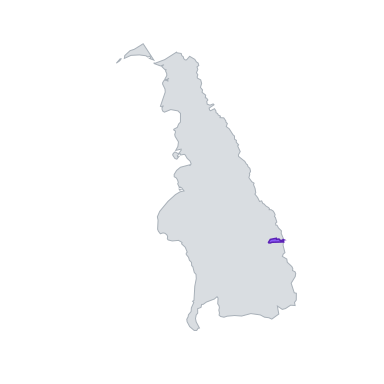 General Lamadrid, La Rioja, Argentina shown in context, rotated 146°
{"feature_id": "61730980B10920715294308", "entity_name": "General Lamadrid", "entity_type": "district", "adm_level": 2, "iso_a3": "ARG", "parent_name": "Argentina", "parent_adm1": "La Rioja", "projection": "robinson", "projection_center": [-69.375, -28.709], "detail": "fine", "context": "in_parent", "style": "filled", "palette": "violet", "viewbox_px": 384, "rotation_deg": 146, "n_neighbors": 0, "source": "geoboundaries", "source_scale": "gbopen_adm2", "svg_char_len": 4393}
<svg xmlns="http://www.w3.org/2000/svg" viewBox="0 0 384 384"><g transform="rotate(146 192 192)"><path d="M236.9,117.8L234.7,121.5L235.1,124.0L233.0,129.9L233.5,131.0L231.8,133.9L232.3,136.9L231.4,139.8L231.7,143.4L231.0,144.5L229.6,144.8L228.5,149.9L229.6,154.8L228.5,155.8L230.2,159.4L235.8,162.5L238.6,165.6L238.6,167.0L237.0,168.9L236.8,170.6L237.5,172.9L238.9,174.3L241.6,175.1L241.8,178.3L241.3,180.4L235.9,187.6L234.6,190.8L229.6,194.0L217.0,197.7L207.2,199.1L201.7,198.8L198.0,197.3L198.2,201.4L200.0,202.6L199.1,202.7L199.8,203.4L199.3,206.8L198.1,207.4L197.2,210.2L197.2,212.6L198.2,214.6L197.0,216.5L192.7,218.5L187.8,219.0L178.6,215.8L179.0,215.3L178.5,215.1L177.0,215.8L176.3,218.5L177.2,222.7L176.9,226.4L177.4,227.6L180.7,229.0L180.4,230.5L181.5,230.7L183.9,230.3L184.2,229.1L183.0,228.7L186.2,227.7L187.4,229.3L187.4,233.1L186.8,234.1L184.3,234.8L183.6,234.6L182.2,231.9L181.0,231.4L177.4,232.8L177.0,233.6L182.2,235.6L178.3,237.6L175.2,241.1L174.9,247.5L174.2,249.3L172.1,251.0L171.7,252.3L172.4,253.0L172.1,254.2L168.0,253.8L165.1,255.8L162.5,256.4L157.6,263.6L158.3,267.1L163.5,272.2L170.2,273.6L171.0,275.3L170.6,277.3L169.8,278.5L167.4,279.6L169.5,279.6L170.3,280.7L158.3,289.8L156.8,292.5L156.0,298.0L155.1,299.1L152.6,300.2L151.0,299.1L149.7,297.0L149.8,298.7L147.5,299.3L150.2,299.3L151.5,300.7L147.8,302.6L146.7,304.4L146.3,306.9L144.8,308.3L145.9,308.0L146.9,312.9L144.1,313.3L147.6,314.1L151.6,319.7L151.2,320.1L151.1,319.5L140.6,317.0L126.6,316.6L126.7,315.9L123.5,312.9L124.2,310.7L123.6,308.9L124.3,307.3L123.8,305.3L122.6,304.6L118.1,305.8L115.5,300.4L115.6,297.4L114.8,295.5L115.6,293.1L117.9,292.9L118.6,290.4L121.6,288.4L121.6,285.9L123.4,284.5L123.8,283.3L122.1,280.1L123.3,276.6L126.5,274.0L126.2,270.7L127.9,269.0L126.5,264.6L128.3,262.7L127.4,261.7L127.4,259.4L129.2,258.8L130.3,256.2L128.5,253.9L125.2,253.2L125.0,252.0L130.9,252.0L131.6,250.1L131.2,249.0L126.8,248.5L126.8,246.0L127.7,244.3L126.9,242.7L127.2,241.2L126.0,239.0L127.2,238.0L124.2,235.7L124.2,232.0L124.8,231.0L124.4,229.0L127.0,227.1L125.8,223.5L126.0,216.6L125.5,214.7L127.2,211.9L126.3,210.0L127.5,208.6L127.0,205.0L128.4,204.7L129.4,198.6L132.8,196.8L133.5,195.5L131.1,187.8L131.3,184.8L130.8,183.5L131.4,181.8L130.8,179.3L131.9,176.4L134.2,175.1L134.4,174.1L136.8,172.1L136.7,167.1L135.6,164.6L136.9,163.7L137.7,159.8L139.5,155.8L141.0,155.1L140.7,150.6L141.3,146.4L139.2,145.7L139.7,142.7L139.0,142.0L138.5,138.9L137.2,136.2L137.1,134.9L137.9,134.2L136.3,133.1L135.3,130.6L135.5,128.2L135.8,126.7L137.4,125.5L137.1,124.4L138.5,119.6L140.2,119.4L141.0,117.7L140.1,116.8L140.4,113.9L139.6,109.8L141.2,107.8L142.5,101.4L146.3,96.9L148.9,89.7L150.9,89.6L153.1,88.1L150.9,83.4L152.3,80.5L150.9,74.3L151.3,72.0L152.6,70.7L151.2,68.3L151.6,66.4L153.7,64.2L160.8,60.9L163.6,51.3L162.1,49.7L166.0,44.1L168.8,43.1L170.0,40.2L173.5,43.0L179.7,43.1L182.8,44.2L185.0,49.7L188.3,42.3L196.9,42.0L198.6,44.8L201.9,47.7L204.1,51.9L211.2,58.3L220.2,61.4L225.8,65.8L232.3,69.4L235.5,70.3L237.9,72.8L238.4,74.8L236.9,76.3L235.8,79.1L234.0,80.7L233.2,82.6L233.2,84.9L229.7,89.5L229.8,91.2L233.3,90.8L241.6,92.7L245.6,92.6L246.9,93.4L249.1,91.3L252.6,92.1L255.0,88.4L257.3,87.7L259.9,85.1L261.2,81.9L261.9,75.1L263.2,75.6L265.5,74.6L267.6,76.0L269.2,81.7L268.6,87.2L267.5,89.4L265.0,90.7L263.6,92.2L259.6,93.4L257.3,96.3L252.3,99.4L252.6,101.1L251.0,101.0L242.4,112.3L236.9,117.8ZM149.6,342.2L149.9,322.7L152.6,326.5L151.3,326.3L150.9,328.1L153.1,328.5L154.1,330.8L159.0,335.1L166.2,339.4L173.4,340.6L171.4,342.7L164.3,343.8L160.1,342.6L149.6,342.2ZM176.3,342.0L178.5,341.2L182.7,341.1L177.1,342.6L176.3,342.0ZM201.2,200.4L201.1,201.3L199.8,200.0L201.2,200.4Z" fill="#d9dde1" stroke="#a8b0b8" stroke-width="1"/><path d="M148.1,106.5L149.8,107.3L153.6,108.9L156.7,107.5L156.7,107.4L156.7,107.2L156.8,107.1L156.8,106.9L155.4,105.9L153.8,105.6L144.2,99.5L144.0,99.3L143.9,99.5L143.9,99.8L143.8,100.0L143.7,100.0L143.7,100.3L143.6,100.5L143.4,100.7L143.2,100.7L143.2,100.8L143.1,101.0L142.9,101.2L142.7,101.1L142.9,101.4L143.0,101.4L143.3,101.3L143.5,101.4L143.5,101.5L143.7,101.4L143.8,101.4L144.0,101.4L144.0,101.5L144.3,101.7L144.5,101.7L144.8,101.6L145.0,101.6L145.1,101.4L146.1,103.1L146.0,103.3L146.0,103.5L146.0,103.8L146.1,104.0L146.2,104.3L146.3,104.3L146.4,104.5L148.4,105.5L148.2,105.8L148.2,106.0L148.0,106.3L148.0,106.5L148.1,106.5Z" fill="#8b5cf6" stroke="#5b21b6" stroke-width="1.5"/></g></svg>